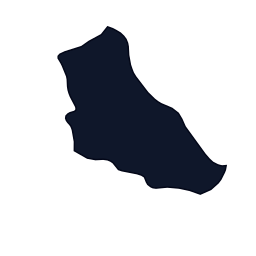 Tuyên Quang, Natural Earth projection, rotated 320°
{"feature_id": "VNM-457", "entity_name": "Tuyên Quang", "entity_type": "Province", "adm_level": 1, "iso_a3": "VNM", "parent_name": "Vietnam", "parent_adm1": "", "projection": "natural_earth1", "projection_center": [105.255, 22.072], "detail": "fine", "context": "isolated", "style": "filled", "palette": "ink", "viewbox_px": 256, "rotation_deg": 320, "n_neighbors": 0, "source": "natural_earth", "source_scale": "10m", "svg_char_len": 1127}
<svg xmlns="http://www.w3.org/2000/svg" viewBox="0 0 256 256"><g transform="rotate(320 128 128)"><path d="M110.8,192.0L108.7,189.7L107.7,187.6L106.9,184.0L107.4,181.2L109.1,176.1L108.1,172.8L105.6,168.8L95.9,156.8L94.0,153.7L94.2,145.0L93.4,142.1L91.9,139.2L88.9,135.9L82.8,131.3L77.5,124.9L72.3,110.9L78.2,104.0L84.1,93.8L84.9,91.8L85.5,89.7L85.6,87.5L85.5,85.1L85.7,82.6L86.5,80.5L88.3,78.9L91.0,78.6L93.3,79.0L97.5,80.8L99.2,80.9L100.4,80.2L101.6,78.3L104.1,66.9L105.2,63.6L106.6,60.4L108.5,57.3L112.7,51.8L114.3,49.0L117.8,38.1L118.5,35.2L119.4,29.6L120.7,28.1L123.2,27.7L128.8,29.2L144.7,35.8L153.9,36.6L167.6,39.4L177.4,37.4L180.1,42.1L181.6,45.8L183.2,50.4L183.7,54.9L183.5,58.7L182.2,62.7L180.5,65.7L175.3,72.6L170.4,81.2L168.9,85.0L167.5,89.1L166.8,93.7L165.9,113.6L166.8,122.9L167.7,127.0L169.0,130.8L174.3,141.2L176.0,149.0L174.9,155.8L172.6,163.7L170.2,197.6L170.3,203.9L170.9,208.8L173.0,213.8L174.3,215.8L175.7,217.6L179.0,219.9L175.7,222.6L173.3,223.9L166.1,227.0L161.8,228.0L152.0,228.3L140.9,225.1L135.2,215.4L128.6,206.9L120.2,198.5L110.8,192.0Z" fill="#0f172a" stroke="#020617" stroke-width="1.5"/></g></svg>